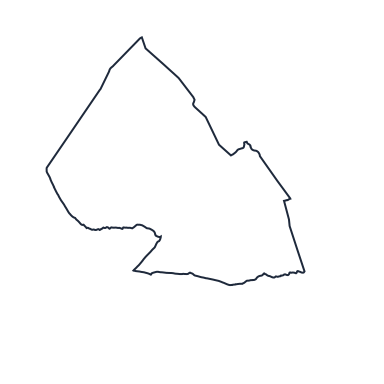 Mabalane, Gaza, Mozambique, rotated 305°
{"feature_id": "85939544B83676990250137", "entity_name": "Mabalane", "entity_type": "district", "adm_level": 2, "iso_a3": "MOZ", "parent_name": "Mozambique", "parent_adm1": "Gaza", "projection": "robinson", "projection_center": [32.524, -23.58], "detail": "fine", "context": "isolated", "style": "outline", "palette": "slate", "viewbox_px": 384, "rotation_deg": 305, "n_neighbors": 0, "source": "geoboundaries", "source_scale": "gbopen_adm2", "svg_char_len": 5873}
<svg xmlns="http://www.w3.org/2000/svg" viewBox="0 0 384 384"><g transform="rotate(305 192 192)"><path d="M94.1,189.1L94.2,189.6L94.4,189.8L95.0,191.4L96.8,194.7L97.5,196.4L98.7,198.7L98.7,198.9L99.0,199.5L99.2,200.2L99.3,200.4L99.3,200.5L99.7,201.4L99.7,201.5L99.8,201.8L100.2,203.0L100.4,203.9L100.7,205.7L101.2,205.8L101.6,205.6L102.2,205.6L103.2,206.2L104.1,206.9L106.0,208.5L106.5,209.0L107.2,210.0L107.5,210.8L108.2,212.2L109.2,213.8L111.1,217.4L112.5,219.6L113.1,220.5L114.0,221.9L114.7,223.2L115.5,225.1L116.7,227.1L117.8,229.1L118.9,230.7L119.3,231.2L119.5,231.3L119.7,231.5L119.8,231.7L120.1,232.0L120.5,232.8L121.7,234.7L122.0,235.1L122.4,235.4L122.5,235.6L123.1,235.9L124.1,236.2L124.8,236.6L124.9,237.4L125.3,238.8L125.4,239.5L125.3,240.5L125.2,241.0L125.2,241.9L125.3,242.4L126.4,245.2L127.0,247.0L127.5,248.4L128.2,249.9L128.5,250.5L129.4,253.0L129.9,253.8L132.3,259.4L133.0,261.2L134.5,264.9L135.2,267.6L135.5,269.1L135.8,270.0L136.5,273.5L136.6,273.9L137.0,275.3L137.4,276.3L137.6,276.6L138.3,277.5L138.6,277.9L138.7,278.0L138.9,278.1L138.9,278.3L139.8,279.0L140.7,280.1L141.4,280.6L141.4,280.8L141.6,280.9L141.8,281.2L142.8,282.2L143.6,283.1L144.4,284.0L145.1,285.1L145.5,285.5L145.7,285.8L145.8,286.0L146.6,286.2L146.8,286.4L147.5,286.8L148.8,287.2L149.3,287.3L150.7,287.8L150.9,288.0L151.2,288.3L151.7,289.0L152.1,289.5L153.5,290.7L153.9,291.2L154.3,291.8L154.5,291.9L154.6,292.1L155.2,292.9L155.9,293.6L156.5,293.9L157.0,294.2L157.5,294.3L159.2,294.3L160.6,294.7L161.7,295.3L162.1,295.6L163.5,297.0L164.1,297.3L164.5,297.4L166.1,297.6L166.6,297.7L166.8,297.9L166.8,298.1L166.6,298.6L166.6,298.9L166.8,299.2L167.0,299.9L167.0,300.1L166.9,301.1L167.0,302.2L167.2,302.9L167.6,303.7L167.9,304.9L168.0,306.0L168.2,306.4L168.3,307.0L168.6,307.6L169.0,308.3L169.4,308.6L169.9,308.8L170.8,309.0L171.0,309.3L171.2,309.6L171.6,310.7L172.3,311.4L172.9,311.8L173.8,312.8L174.0,312.8L174.4,312.7L174.6,312.8L174.6,313.0L175.0,313.5L175.9,314.3L176.4,314.6L176.8,314.7L177.3,314.8L177.5,315.0L178.0,315.6L178.4,317.2L178.9,318.2L179.5,318.5L180.1,318.6L180.9,318.5L181.6,318.2L182.0,318.2L182.5,318.7L182.7,319.5L183.0,319.8L183.4,320.2L183.5,320.3L184.0,321.0L184.4,321.7L184.6,322.1L184.8,322.8L184.8,323.0L185.1,323.8L185.7,324.0L187.5,323.7L187.8,323.9L188.0,324.1L188.1,324.8L188.7,326.7L188.8,327.7L189.2,328.6L189.5,329.1L190.0,329.6L190.3,329.7L191.5,329.7L204.9,311.7L220.1,291.5L225.1,287.2L237.5,272.5L237.9,273.0L238.4,273.2L238.6,273.5L239.1,273.8L239.8,274.4L239.8,274.6L240.8,275.3L242.2,275.8L242.9,276.4L243.1,276.1L250.1,255.4L260.3,227.1L260.8,226.6L261.4,226.0L262.1,224.8L262.4,224.0L262.6,223.5L262.7,223.0L262.7,221.5L262.5,220.7L261.8,219.4L261.5,218.6L261.3,217.6L261.3,216.5L261.5,215.9L262.2,214.6L262.3,214.4L262.5,214.3L262.5,214.1L262.9,213.7L263.1,213.6L263.3,213.4L263.3,213.2L263.5,213.1L263.5,212.9L263.8,212.3L263.8,211.6L263.7,210.8L263.6,209.8L263.7,209.3L264.4,208.2L264.5,208.0L262.7,206.4L262.4,206.4L262.0,206.6L261.1,207.6L260.8,207.7L259.4,208.3L258.7,208.6L258.2,208.7L257.8,208.7L257.1,208.4L256.3,207.8L256.2,207.6L255.1,206.8L255.0,206.7L254.3,206.2L253.9,205.8L253.7,205.7L253.4,205.5L253.2,205.5L252.6,205.2L250.4,205.1L249.0,204.8L246.4,204.0L244.8,203.1L244.3,202.9L246.2,187.0L261.3,160.2L263.1,146.3L263.3,145.1L263.7,143.8L264.2,142.9L264.6,142.6L265.2,142.2L265.6,142.1L266.1,142.1L266.9,141.9L268.7,141.3L269.0,141.2L269.3,140.7L270.0,139.4L270.4,138.8L277.7,115.7L280.2,95.9L283.0,71.6L289.9,62.2L288.8,61.6L288.0,61.3L287.6,61.2L286.3,61.0L250.7,55.2L249.8,55.1L247.7,54.5L246.7,54.3L245.3,54.3L243.8,54.7L243.4,54.9L223.9,58.0L223.4,58.0L222.8,57.9L163.4,58.7L128.6,59.1L128.3,59.2L127.6,59.6L125.3,61.3L125.0,61.9L124.9,62.0L124.5,62.7L124.4,62.9L124.1,63.6L122.5,66.9L121.4,68.6L121.1,68.8L120.8,69.4L120.7,69.5L119.5,71.5L118.4,73.6L118.0,74.3L117.6,75.0L117.0,76.1L116.8,76.1L114.4,80.5L113.1,83.1L112.8,84.1L111.9,85.6L110.1,89.4L108.3,94.4L107.5,96.0L106.4,98.6L105.7,100.1L104.6,102.5L104.1,103.9L104.1,104.3L103.6,106.1L103.6,106.3L103.5,106.7L103.3,108.1L103.3,109.6L103.5,110.3L103.7,111.2L103.5,111.7L103.1,113.0L102.9,115.3L102.6,116.8L102.1,118.7L101.9,119.7L102.0,120.7L102.3,121.3L102.9,121.7L103.0,122.1L102.9,122.5L102.7,123.2L102.4,125.0L102.0,126.4L102.7,126.9L103.0,127.4L103.1,128.3L103.1,129.0L103.5,129.9L103.5,130.9L103.6,131.4L103.9,132.0L104.7,132.7L105.2,133.8L105.2,134.1L105.5,134.7L106.1,135.4L106.8,135.8L107.8,136.5L107.9,136.9L108.0,137.6L107.9,138.1L108.0,138.2L108.7,138.6L109.0,138.5L109.8,139.1L110.1,139.1L110.7,139.5L111.4,139.6L112.0,139.8L112.1,140.2L112.4,141.1L112.9,141.7L113.3,141.9L114.3,142.3L114.6,142.8L114.8,143.8L114.6,144.9L114.6,145.2L114.7,145.6L115.2,145.7L115.7,145.9L116.4,146.0L116.8,146.3L117.2,147.2L117.6,148.0L118.3,148.9L119.2,150.1L119.5,150.7L119.9,151.6L120.4,152.4L120.9,152.9L121.4,154.4L121.6,155.6L121.8,156.1L122.0,156.2L122.3,156.2L122.5,156.1L123.3,156.0L123.6,156.1L124.4,157.6L124.9,158.4L125.1,158.5L125.7,159.7L125.9,160.1L126.5,160.9L126.6,161.0L127.2,161.9L127.5,162.7L127.7,163.2L128.0,163.9L128.3,164.0L129.8,164.6L133.3,165.5L133.9,166.0L134.8,167.4L135.4,168.3L135.5,168.6L135.7,169.2L136.1,170.1L136.2,170.8L136.4,173.3L136.4,175.7L136.7,176.3L137.2,177.3L137.5,177.8L137.7,178.5L137.8,179.6L138.1,180.1L137.9,179.9L138.0,181.5L138.0,182.8L137.9,183.4L137.5,184.5L137.4,184.6L137.3,184.8L136.9,185.4L136.1,186.2L136.1,186.4L135.9,186.5L135.7,186.9L135.5,187.3L135.5,187.8L135.9,189.9L136.4,191.1L136.8,191.5L137.1,191.8L137.6,192.0L137.3,192.2L137.0,192.3L136.8,192.4L135.5,192.9L134.1,193.2L132.9,193.2L132.7,193.1L131.5,192.4L131.0,192.4L129.3,192.5L128.2,192.7L127.3,192.9L125.9,193.1L125.6,193.2L125.0,193.2L122.0,192.6L119.0,192.3L114.9,191.6L112.3,191.2L108.9,190.9L107.1,190.9L106.6,190.8L105.8,190.8L101.5,190.4L99.6,190.0L98.1,189.8L95.1,189.2L94.1,189.1Z" fill="none" stroke="#1e293b" stroke-width="2"/></g></svg>